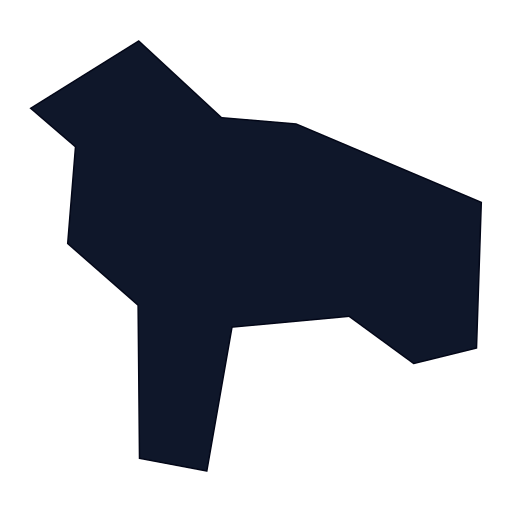 the district of Fergana city, Ferghana, Uzbekistan
{"feature_id": "79887680B52321906088540", "entity_name": "Fergana city", "entity_type": "district", "adm_level": 2, "iso_a3": "UZB", "parent_name": "Uzbekistan", "parent_adm1": "Ferghana", "projection": "albers", "projection_center": [71.796, 40.393], "detail": "fine", "context": "isolated", "style": "filled", "palette": "ink", "viewbox_px": 512, "rotation_deg": 0, "n_neighbors": 0, "source": "geoboundaries", "source_scale": "gbopen_adm2", "svg_char_len": 308}
<svg xmlns="http://www.w3.org/2000/svg" viewBox="0 0 512 512"><path d="M481.3,202.4L296.1,124.0L221.5,117.7L138.7,41.0L30.7,108.3L75.5,146.8L67.7,243.5L138.1,305.2L139.5,458.3L206.8,471.0L232.0,327.1L349.1,316.3L413.7,363.5L476.5,348.0L481.3,202.4Z" fill="#0f172a" stroke="#020617" stroke-width="1.5"/></svg>